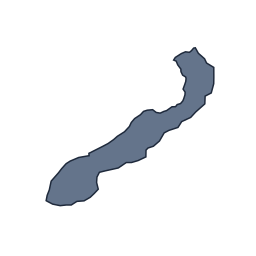 the district of Doros, Limassol, Cyprus, rotated 72°
{"feature_id": "46923920B97267349783523", "entity_name": "Doros", "entity_type": "district", "adm_level": 2, "iso_a3": "CYP", "parent_name": "Cyprus", "parent_adm1": "Limassol", "projection": "robinson", "projection_center": [32.922, 34.794], "detail": "fine", "context": "isolated", "style": "filled", "palette": "slate", "viewbox_px": 256, "rotation_deg": 72, "n_neighbors": 0, "source": "geoboundaries", "source_scale": "gbopen_adm2", "svg_char_len": 1251}
<svg xmlns="http://www.w3.org/2000/svg" viewBox="0 0 256 256"><g transform="rotate(72 128 128)"><path d="M72.5,39.2L72.3,40.9L74.1,43.8L75.0,46.2L73.3,49.8L73.7,54.3L75.5,61.2L76.3,62.2L77.5,63.6L79.3,61.5L83.3,61.2L88.4,59.5L89.9,60.0L90.9,60.2L94.6,59.7L97.3,57.4L98.9,57.5L101.6,58.7L104.3,60.7L108.0,63.6L111.6,62.6L114.1,63.6L117.3,65.9L119.2,67.5L121.0,70.5L120.9,74.0L122.4,76.2L121.4,79.6L123.4,86.0L123.3,88.7L123.8,92.8L121.9,96.4L118.2,98.9L117.0,104.2L117.0,108.1L119.2,112.0L121.1,118.8L123.8,123.2L127.0,126.2L130.5,132.5L132.6,140.7L134.6,145.3L136.6,151.7L137.7,158.0L140.0,173.0L142.3,173.6L140.8,184.0L141.6,193.2L142.8,197.8L143.4,198.9L146.2,203.7L149.1,207.9L154.8,217.5L162.6,222.0L167.1,225.7L171.8,228.3L172.6,227.6L177.1,223.2L180.9,216.5L182.1,210.7L183.7,205.8L182.0,199.3L183.7,192.3L182.2,185.3L179.8,180.3L177.0,175.2L170.1,174.7L165.1,172.7L161.3,168.9L161.7,163.1L163.0,149.6L160.3,140.3L161.9,135.4L162.1,128.5L161.0,119.9L160.3,119.7L154.6,117.7L153.2,115.1L153.2,109.5L150.1,102.1L143.8,95.1L142.9,89.8L142.9,80.3L138.5,75.0L137.3,65.1L133.7,58.7L128.8,47.5L121.5,44.8L120.4,38.0L112.4,32.8L106.3,30.7L96.9,27.7L90.5,33.2L85.8,33.8L78.7,38.0L72.5,39.2Z" fill="#64748b" stroke="#1e293b" stroke-width="1.5"/></g></svg>